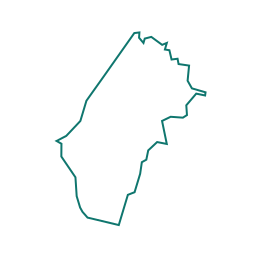 the district of McDuffie, Georgia, United States of America, rotated 54°
{"feature_id": "52423323B55059844106261", "entity_name": "McDuffie", "entity_type": "district", "adm_level": 2, "iso_a3": "USA", "parent_name": "United States of America", "parent_adm1": "Georgia", "projection": "orthographic", "projection_center": [-82.481, 33.485], "detail": "fine", "context": "isolated", "style": "outline", "palette": "teal", "viewbox_px": 256, "rotation_deg": 54, "n_neighbors": 0, "source": "geoboundaries", "source_scale": "gbopen_adm2", "svg_char_len": 688}
<svg xmlns="http://www.w3.org/2000/svg" viewBox="0 0 256 256"><g transform="rotate(54 128 128)"><path d="M176.7,213.4L201.1,192.5L182.0,167.4L183.8,160.4L172.2,145.1L163.8,136.9L164.4,131.8L158.0,124.8L156.5,112.7L163.7,106.0L142.3,96.3L144.0,86.9L151.9,77.5L152.2,72.7L143.9,67.5L140.3,52.6L147.0,46.5L144.7,44.3L133.5,53.0L124.8,52.0L113.4,41.9L106.0,49.5L101.1,47.2L98.2,52.5L89.4,48.8L86.2,52.0L82.0,46.6L80.8,51.5L68.0,55.6L65.5,61.9L68.3,65.5L61.5,66.0L57.4,62.6L54.9,67.1L72.2,117.9L81.5,145.6L94.3,162.4L95.0,166.0L98.1,182.6L96.5,193.4L101.6,191.1L111.9,198.7L137.0,199.5L153.0,209.6L164.2,213.5L169.1,214.1L176.7,213.4Z" fill="none" stroke="#0f766e" stroke-width="2"/></g></svg>